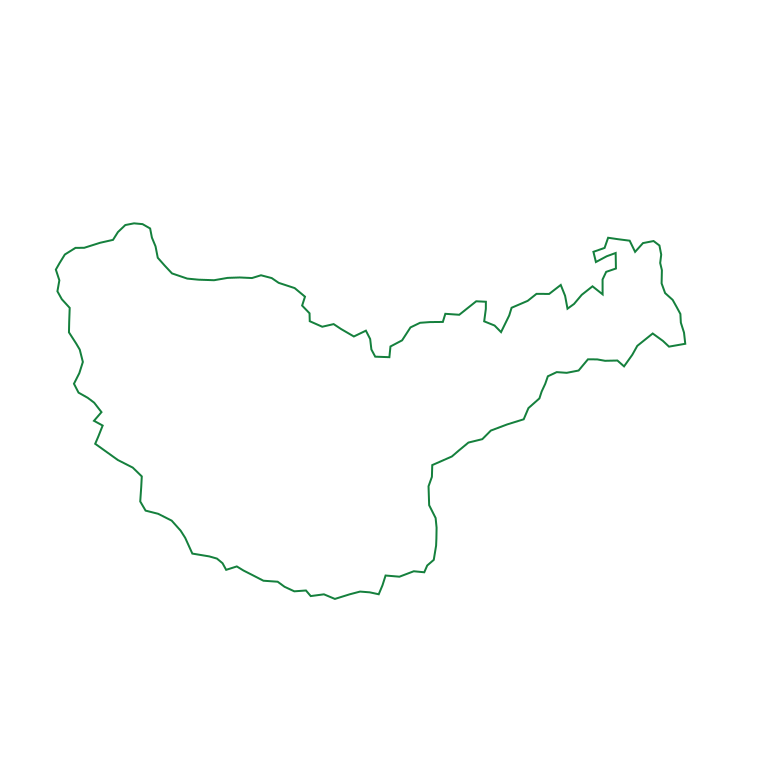 Enéas Marques, Paraná, Brazil (Natural Earth projection), rotated 79°
{"feature_id": "56859067B67045600360452", "entity_name": "Enéas Marques", "entity_type": "district", "adm_level": 2, "iso_a3": "BRA", "parent_name": "Brazil", "parent_adm1": "Paraná", "projection": "natural_earth1", "projection_center": [-53.161, -25.883], "detail": "fine", "context": "isolated", "style": "outline", "palette": "green", "viewbox_px": 768, "rotation_deg": 79, "n_neighbors": 0, "source": "geoboundaries", "source_scale": "gbopen_adm2", "svg_char_len": 2346}
<svg xmlns="http://www.w3.org/2000/svg" viewBox="0 0 768 768"><g transform="rotate(79 384 384)"><path d="M402.0,80.6L390.8,79.7L380.4,80.9L371.8,79.7L364.4,82.0L356.5,84.6L348.4,90.7L338.2,92.3L325.3,89.5L317.9,89.8L309.9,87.2L300.6,87.2L295.1,92.1L295.1,102.9L302.2,112.3L290.2,115.5L286.5,126.7L283.2,136.1L292.5,141.5L294.2,153.2L304.7,152.7L301.1,141.0L299.6,131.6L314.9,134.3L316.3,144.5L323.1,149.5L337.7,152.3L327.9,160.7L334.2,172.9L341.7,182.2L345.1,189.5L332.0,189.4L320.5,191.6L327.1,204.7L324.6,217.1L329.8,227.1L333.5,244.2L340.6,248.0L355.4,259.2L347.7,264.3L341.6,273.7L329.7,269.7L322.7,268.3L320.4,277.7L325.6,287.7L330.4,296.9L326.8,310.4L334.3,314.4L332.0,327.0L330.8,336.9L333.5,347.2L344.6,357.9L348.4,370.5L358.7,373.6L355.5,387.4L347.7,389.8L337.2,389.0L328.2,391.6L331.6,404.5L321.8,415.7L315.6,422.0L316.0,433.7L308.2,444.9L300.4,443.6L291.4,449.4L283.2,444.9L272.8,453.4L264.6,468.1L258.6,474.0L253.8,484.0L254.8,493.4L251.9,505.3L250.0,517.2L249.7,531.0L246.2,546.2L243.0,557.0L235.0,571.0L225.9,576.7L216.9,582.0L205.3,582.0L196.0,583.9L186.7,583.9L181.0,590.5L178.6,598.7L178.6,607.6L184.1,616.2L190.8,622.5L191.2,635.7L193.1,652.3L191.5,660.9L196.0,672.6L203.4,679.4L209.1,684.3L220.3,682.9L230.7,686.9L239.3,684.1L249.3,678.0L263.1,681.2L273.2,683.4L285.7,678.4L292.2,676.1L304.9,675.4L315.2,681.0L324.6,688.3L334.2,685.5L341.0,677.5L347.0,672.1L357.7,666.7L364.8,675.7L371.1,668.1L380.8,674.3L387.6,678.9L407.9,659.7L418.1,646.6L428.5,639.4L438.9,642.0L452.8,645.7L462.8,642.2L468.3,630.5L477.6,618.5L489.2,611.6L497.1,608.5L513.9,604.5L519.9,588.4L523.5,581.3L529.1,576.7L536.3,574.4L535.0,563.3L540.3,557.5L546.3,549.8L554.1,539.9L557.8,526.1L564.1,520.3L570.4,511.6L571.8,500.0L578.2,496.4L579.0,483.1L585.6,473.2L583.9,457.8L583.2,447.1L585.8,437.7L589.4,429.3L581.3,423.9L572.3,419.0L576.1,405.6L573.5,390.5L576.5,380.4L570.4,376.2L566.1,368.7L552.6,363.7L545.9,362.1L535.1,359.8L525.4,358.9L511.6,362.8L492.9,359.8L484.3,354.7L472.8,352.1L468.1,331.2L463.6,323.3L457.6,312.3L456.9,298.0L450.1,288.0L447.2,270.9L445.3,253.6L435.2,246.8L427.8,234.2L421.5,230.7L414.6,225.7L407.7,221.7L405.3,212.2L407.9,202.5L407.9,190.4L398.7,179.1L400.5,170.1L403.4,162.6L405.5,150.4L412.5,145.0L402.7,134.7L394.9,128.1L385.7,110.6L394.9,102.0L401.7,97.1L402.0,80.6Z" fill="none" stroke="#15803d" stroke-width="2"/></g></svg>